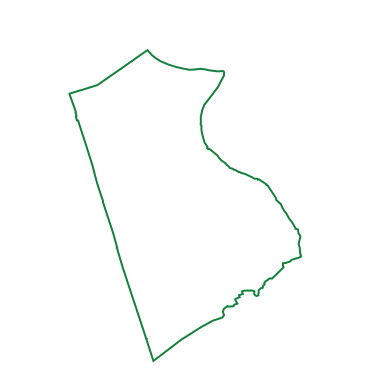 Illiasa, North Bank, Gambia (Equal Earth projection), rotated 252°
{"feature_id": "56634734B27555440336226", "entity_name": "Illiasa", "entity_type": "district", "adm_level": 2, "iso_a3": "GMB", "parent_name": "Gambia", "parent_adm1": "North Bank", "projection": "equal_earth", "projection_center": [-15.729, 13.524], "detail": "fine", "context": "isolated", "style": "outline", "palette": "green", "viewbox_px": 384, "rotation_deg": 252, "n_neighbors": 0, "source": "geoboundaries", "source_scale": "gbopen_adm2", "svg_char_len": 2498}
<svg xmlns="http://www.w3.org/2000/svg" viewBox="0 0 384 384"><g transform="rotate(252 192 192)"><path d="M96.7,274.6L97.0,275.9L100.0,275.9L106.1,277.3L109.6,277.3L115.9,281.2L117.6,281.2L120.0,280.5L123.6,281.2L124.4,280.1L124.9,279.3L125.0,279.4L131.8,277.9L134.3,277.2L135.9,276.4L140.0,275.5L142.8,275.0L145.5,273.9L149.4,273.1L153.2,272.7L158.1,269.8L161.2,269.8L163.4,269.1L171.1,267.0L172.7,266.5L174.6,266.2L176.0,264.7L176.8,264.7L183.4,259.6L183.3,258.5L184.4,258.2L185.3,255.6L186.9,254.2L192.9,248.0L194.6,245.1L196.5,243.3L196.5,242.6L198.7,240.8L200.5,238.6L201.3,238.1L203.1,235.6L206.0,234.2L207.8,233.0L208.5,233.0L213.5,229.4L216.2,228.2L218.4,227.7L220.0,226.7L223.1,224.8L227.5,221.9L228.0,220.4L229.1,219.9L229.9,220.7L233.7,219.7L234.6,219.2L240.1,219.4L243.2,219.6L246.6,219.9L249.0,220.4L252.1,221.5L253.7,221.1L255.6,222.0L260.3,223.4L266.7,227.0L271.3,230.8L272.0,232.0L275.7,237.4L278.8,242.0L283.9,249.2L287.7,253.0L292.8,258.3L295.4,259.4L297.0,259.4L297.6,258.2L298.9,253.4L303.0,244.8L304.8,242.1L305.8,239.5L306.7,237.8L306.8,236.9L307.6,232.8L308.3,229.9L309.2,227.0L312.1,221.7L315.7,215.7L320.3,209.2L322.8,206.3L326.1,202.5L330.8,198.6L332.1,197.9L334.1,196.4L337.4,195.0L339.0,194.2L340.7,193.5L333.0,168.4L327.2,149.2L322.9,135.0L323.0,128.8L323.1,118.8L323.2,116.0L323.2,114.8L323.4,106.0L323.2,105.7L317.8,105.9L304.0,106.3L303.7,105.8L300.3,105.8L299.9,104.9L296.8,104.7L295.9,104.6L295.5,104.9L295.2,105.8L291.4,105.7L291.0,105.7L265.9,105.7L255.5,105.6L253.8,105.6L246.9,105.5L237.9,104.9L237.7,104.9L232.2,104.6L229.9,104.5L228.5,104.5L215.0,104.5L211.0,104.6L210.3,104.2L196.8,104.2L178.8,104.3L176.7,104.3L162.0,103.6L162.0,103.3L141.4,102.8L111.0,102.9L101.5,103.0L72.9,103.1L66.6,103.1L66.0,103.1L66.0,103.3L65.7,103.1L43.3,103.1L45.7,110.0L46.3,111.7L51.4,126.4L52.2,128.6L52.6,129.6L54.2,134.3L55.0,136.6L55.1,137.2L57.8,147.7L59.1,152.6L60.7,158.9L61.0,160.1L61.3,162.1L62.8,170.2L63.2,172.5L63.2,182.1L64.9,184.4L68.3,184.3L70.9,186.0L72.6,190.5L71.8,191.1L70.5,196.2L71.8,197.3L71.8,200.7L75.8,199.8L76.9,200.3L77.2,204.8L79.3,204.8L79.3,208.8L82.0,208.8L82.0,209.3L82.0,211.5L81.0,214.7L80.3,216.5L80.0,218.3L78.3,220.6L75.9,219.7L74.2,220.1L73.1,221.5L73.2,223.3L74.5,223.7L78.0,225.1L79.3,228.2L79.0,229.6L81.1,230.9L81.4,232.3L83.7,233.0L85.7,238.7L85.7,239.8L84.9,241.3L92.0,255.7L93.4,255.7L96.1,256.4L95.6,259.3L95.6,261.1L95.6,263.6L96.7,265.8L96.7,269.7L96.4,273.3L96.7,274.6Z" fill="none" stroke="#15803d" stroke-width="2"/></g></svg>